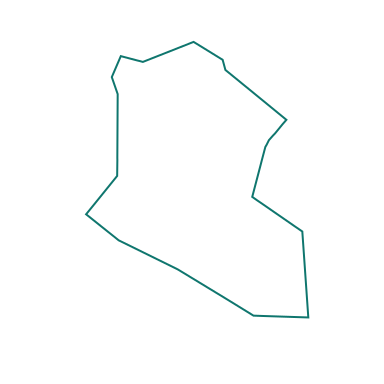 Itaueira, Piauí, Brazil (Albers equal-area conic projection), rotated 257°
{"feature_id": "56859067B67245959510015", "entity_name": "Itaueira", "entity_type": "district", "adm_level": 2, "iso_a3": "BRA", "parent_name": "Brazil", "parent_adm1": "Piauí", "projection": "albers", "projection_center": [-43.096, -7.478], "detail": "fine", "context": "isolated", "style": "outline", "palette": "teal", "viewbox_px": 384, "rotation_deg": 257, "n_neighbors": 0, "source": "geoboundaries", "source_scale": "gbopen_adm2", "svg_char_len": 628}
<svg xmlns="http://www.w3.org/2000/svg" viewBox="0 0 384 384"><g transform="rotate(257 192 192)"><path d="M128.7,290.6L136.0,283.9L166.2,256.4L169.1,253.7L173.7,249.6L201.7,264.3L206.7,266.9L219.4,273.6L221.2,275.3L225.2,278.6L228.7,283.5L230.4,286.1L237.6,295.4L241.1,300.2L269.2,278.5L286.5,265.1L303.4,252.0L313.9,251.6L337.9,227.3L329.8,173.4L331.1,171.0L332.5,168.2L340.4,153.2L322.0,139.7L304.1,141.6L299.0,140.4L242.0,126.9L240.1,126.5L224.5,122.7L203.2,95.5L194.1,83.8L161.4,109.7L119.8,160.7L80.0,201.5L57.7,224.1L54.9,234.5L43.6,277.1L102.2,286.4L128.7,290.6Z" fill="none" stroke="#0f766e" stroke-width="2"/></g></svg>